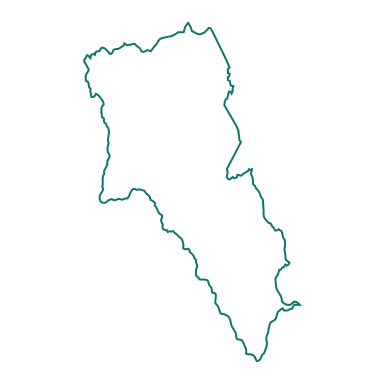 Itaiópolis, Santa Catarina, Brazil (Equal Earth projection)
{"feature_id": "56859067B3149054277416", "entity_name": "Itaiópolis", "entity_type": "district", "adm_level": 2, "iso_a3": "BRA", "parent_name": "Brazil", "parent_adm1": "Santa Catarina", "projection": "equal_earth", "projection_center": [-49.885, -26.509], "detail": "fine", "context": "isolated", "style": "outline", "palette": "teal", "viewbox_px": 384, "rotation_deg": 0, "n_neighbors": 0, "source": "geoboundaries", "source_scale": "gbopen_adm2", "svg_char_len": 5491}
<svg xmlns="http://www.w3.org/2000/svg" viewBox="0 0 384 384"><path d="M299.8,304.9L298.7,303.6L297.5,302.7L296.1,301.9L294.6,301.6L293.0,302.4L291.7,303.7L290.6,304.7L288.8,304.9L287.4,304.7L286.1,304.5L284.6,303.8L283.4,302.9L281.9,301.3L281.6,298.3L280.6,295.7L279.4,293.7L278.3,291.9L277.4,290.4L276.4,288.4L276.1,286.2L275.8,283.2L275.3,279.6L276.1,277.0L277.7,275.1L278.6,272.1L279.3,269.8L280.9,269.7L281.9,267.9L283.4,267.3L284.6,266.1L285.3,264.6L286.6,265.6L288.7,264.4L289.4,262.6L287.5,261.2L286.2,260.1L285.5,257.9L285.4,255.1L285.0,253.1L284.7,251.1L284.4,249.2L284.8,247.5L285.1,245.1L284.9,242.1L284.8,239.9L283.5,238.3L282.7,236.0L282.2,233.0L281.3,230.9L279.8,230.3L278.7,229.2L277.2,230.2L275.8,230.6L274.4,229.3L273.4,227.4L272.1,226.4L271.5,224.8L270.3,223.3L268.4,222.7L266.5,220.7L265.1,218.9L263.9,216.7L263.5,213.6L263.6,211.6L263.5,209.1L263.3,206.1L263.1,203.6L263.0,201.6L262.8,199.6L261.5,197.6L260.4,195.8L260.0,194.0L258.6,191.3L257.2,189.5L256.0,188.3L255.2,186.2L253.2,184.4L252.9,181.5L252.8,179.5L252.5,177.5L251.5,175.1L250.8,173.6L251.5,171.4L251.8,169.2L250.0,170.0L248.8,169.3L248.1,170.9L246.3,172.0L244.5,173.1L242.7,174.2L241.1,175.7L239.1,175.3L237.4,174.8L236.8,177.5L235.3,177.9L234.0,178.3L232.7,176.9L231.0,178.5L229.3,179.5L227.7,178.5L226.7,176.9L227.5,173.8L227.5,171.1L226.9,169.0L241.0,142.0L239.5,140.3L239.2,137.5L238.9,135.1L238.5,133.2L238.5,131.0L236.8,126.7L224.3,105.2L224.7,102.2L225.7,99.4L227.3,98.7L227.8,96.0L228.5,93.5L229.1,91.5L230.7,91.9L231.6,93.5L232.6,91.4L232.6,89.0L233.4,86.1L231.0,85.7L230.2,83.5L229.8,81.0L227.8,80.0L227.8,77.1L229.3,76.0L229.6,73.6L228.0,73.1L227.8,69.3L229.5,67.5L226.6,60.5L222.1,51.3L212.2,31.0L210.2,28.1L208.5,28.0L207.5,29.5L205.9,31.0L204.2,32.7L202.8,33.2L201.4,33.7L200.2,34.3L197.8,34.0L192.0,31.2L191.1,28.7L190.3,26.1L189.3,24.9L188.3,23.0L187.0,24.1L185.8,25.9L185.0,27.4L184.3,29.7L183.8,32.0L182.3,32.3L180.2,32.2L178.2,32.3L176.5,33.4L174.9,34.5L173.4,35.1L172.2,36.0L166.3,37.0L164.7,37.5L162.9,37.9L161.3,38.3L159.6,39.3L158.1,41.3L157.1,43.1L156.2,44.5L155.1,45.6L150.6,51.3L148.6,50.4L146.8,50.3L145.4,51.3L143.5,51.8L141.8,51.6L140.6,49.7L139.8,48.1L138.1,47.1L136.3,45.5L134.7,43.9L132.5,44.0L130.5,44.8L129.1,44.6L127.7,45.3L126.0,44.6L124.3,43.4L123.5,45.7L121.9,46.7L120.1,47.8L117.9,49.1L116.5,48.9L114.9,49.3L113.4,49.9L112.7,51.9L111.5,53.8L109.5,53.7L108.1,51.5L106.4,50.0L105.1,48.6L103.5,47.9L101.6,47.7L100.5,49.3L99.4,51.1L96.7,51.5L95.2,52.6L94.9,54.8L93.5,54.0L92.0,54.4L90.9,55.3L90.5,58.2L89.4,57.1L88.2,55.6L86.8,55.3L85.7,57.9L84.2,59.9L84.2,61.9L85.2,63.1L86.2,64.8L87.1,66.3L87.8,67.9L88.7,69.2L88.2,71.3L86.3,74.1L85.7,76.7L85.7,78.7L85.8,80.9L87.7,81.6L88.5,83.0L88.8,85.5L89.3,87.5L90.6,88.7L90.3,91.3L91.0,93.8L91.4,96.9L93.3,97.1L94.9,95.7L96.0,93.7L97.7,94.8L99.1,96.1L100.5,97.9L102.5,100.6L103.4,102.8L103.7,104.5L102.4,105.9L101.4,108.2L101.5,110.2L101.3,112.1L101.8,114.3L101.9,116.9L104.0,118.6L103.8,120.4L104.3,122.4L105.9,123.6L106.6,125.5L107.5,127.2L108.4,128.4L108.8,130.7L108.9,133.7L108.4,136.1L108.2,138.3L107.9,140.7L108.7,143.0L108.0,145.4L107.5,147.6L107.5,149.6L108.0,152.3L109.1,154.0L109.7,156.8L108.5,158.9L107.6,160.5L107.3,162.3L107.2,164.6L105.8,167.9L104.2,170.4L104.2,173.6L103.1,175.9L102.7,178.0L102.7,179.8L102.7,182.1L102.7,184.4L102.3,186.7L103.2,188.9L102.3,191.4L100.6,193.9L99.6,196.5L99.7,199.2L100.5,201.3L102.2,202.7L103.7,202.7L105.4,202.7L106.6,201.9L108.1,200.4L110.4,199.5L111.9,199.1L113.3,200.0L115.6,200.1L117.6,199.2L118.9,198.9L120.5,199.3L122.6,199.7L124.9,198.6L127.4,198.4L129.1,196.0L129.9,193.6L130.8,192.1L131.7,190.5L132.9,189.1L134.7,188.9L136.6,189.8L139.1,189.4L141.1,189.7L142.3,190.3L144.0,190.4L145.2,192.0L146.4,193.6L148.5,195.4L149.9,197.1L150.4,199.7L153.0,201.1L155.0,203.0L154.8,205.8L156.0,207.0L157.2,209.2L158.1,211.4L159.0,213.2L160.3,214.1L162.0,215.2L162.0,217.6L161.0,220.2L161.7,222.7L162.9,224.7L162.3,226.3L162.9,228.9L165.0,230.0L166.8,230.1L167.8,232.0L169.4,231.3L170.9,231.6L173.2,231.1L174.7,233.0L176.2,233.9L177.5,235.0L178.7,236.4L180.0,237.6L181.3,238.4L182.4,240.6L183.2,243.4L183.5,245.9L183.1,248.2L184.8,249.2L186.9,249.1L188.2,248.7L189.6,250.1L189.6,252.0L191.3,253.3L193.0,255.1L194.0,256.6L194.5,258.3L196.0,259.9L196.2,262.4L197.0,264.9L197.0,267.0L196.3,269.2L195.9,271.1L195.9,273.8L196.4,276.1L197.9,277.1L199.8,279.5L202.1,279.6L204.6,279.5L206.4,279.9L207.9,280.8L208.6,282.7L209.0,284.6L210.3,286.3L211.6,288.0L211.8,290.6L212.0,292.4L213.8,292.9L215.5,293.7L215.9,295.7L215.6,298.8L215.3,300.8L215.3,302.7L216.2,304.3L217.8,306.0L218.8,308.3L219.7,311.4L220.7,313.5L222.2,313.8L224.4,314.3L226.3,315.3L228.3,316.4L229.4,318.1L230.2,320.0L230.8,322.6L231.4,325.3L232.4,327.5L233.3,328.8L234.1,330.2L235.3,332.0L236.1,334.2L236.2,336.8L236.8,338.8L238.0,339.5L239.8,339.6L241.7,340.2L242.9,341.7L243.8,343.5L244.6,346.0L245.9,348.6L246.3,351.1L245.9,353.4L247.9,354.3L250.4,354.3L253.1,355.1L254.8,356.8L255.8,359.3L256.8,361.0L258.5,360.7L259.8,359.7L261.1,357.4L262.2,354.9L264.0,353.3L264.9,351.1L265.6,349.1L266.3,347.6L266.7,345.7L267.0,343.1L266.6,340.6L266.2,337.8L267.0,335.1L267.8,333.3L268.3,331.6L268.5,329.1L269.1,326.6L269.8,324.5L270.5,322.5L272.3,321.3L274.5,320.1L275.7,318.8L276.4,317.0L276.8,315.0L277.4,313.1L278.3,311.5L279.6,310.6L281.0,309.3L282.7,308.3L284.0,310.4L285.9,310.6L287.9,310.4L290.1,309.1L292.1,308.7L293.4,306.1L294.4,304.5L295.9,304.9L297.6,304.9L299.8,304.9Z" fill="none" stroke="#0f766e" stroke-width="2"/></svg>